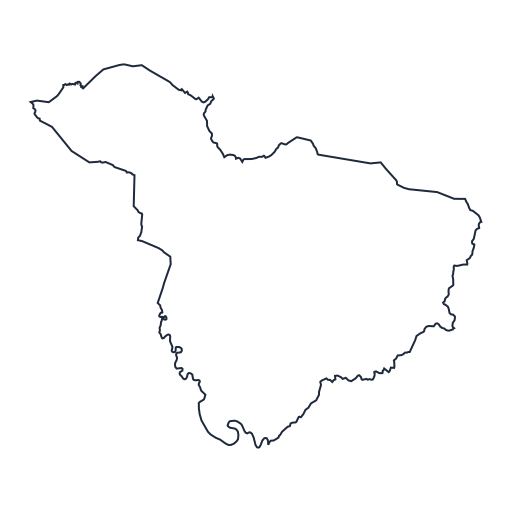 outline of Ia Pa, Gia Lai, Vietnam
{"feature_id": "81297802B8571934498047", "entity_name": "Ia Pa", "entity_type": "district", "adm_level": 2, "iso_a3": "VNM", "parent_name": "Vietnam", "parent_adm1": "Gia Lai", "projection": "natural_earth1", "projection_center": [108.51, 13.527], "detail": "fine", "context": "isolated", "style": "outline", "palette": "slate", "viewbox_px": 512, "rotation_deg": 0, "n_neighbors": 0, "source": "geoboundaries", "source_scale": "gbopen_adm2", "svg_char_len": 6017}
<svg xmlns="http://www.w3.org/2000/svg" viewBox="0 0 512 512"><path d="M268.2,444.8L269.6,442.0L270.7,440.7L273.7,440.5L278.5,437.6L279.0,435.8L280.1,435.0L282.1,431.7L287.7,426.7L289.8,426.2L290.6,423.5L292.2,422.7L295.6,422.4L296.3,421.9L298.7,417.0L299.3,416.7L300.7,417.2L301.2,417.0L302.1,415.6L303.2,414.4L305.5,409.8L308.3,407.8L311.0,403.4L316.2,400.3L319.0,394.8L319.0,391.9L321.0,385.0L320.3,381.8L321.8,380.5L326.4,378.4L327.9,379.8L330.0,379.9L332.3,382.0L333.7,380.1L335.4,379.4L335.0,375.9L336.8,375.6L337.9,375.7L341.1,377.3L342.7,378.9L345.8,377.8L348.4,380.4L351.2,381.2L355.7,378.3L357.6,375.9L358.9,375.2L359.4,375.4L361.0,377.1L361.6,379.3L362.3,379.8L366.5,378.9L367.8,379.7L369.5,379.1L371.8,379.8L372.6,379.6L373.5,378.4L374.5,375.8L374.7,373.6L374.2,372.3L374.4,371.8L376.1,371.4L379.2,373.1L382.3,373.2L382.6,372.9L382.7,370.8L383.7,369.9L384.2,368.5L388.6,372.1L389.5,371.4L390.9,367.6L394.1,367.9L394.4,366.8L394.3,362.9L393.9,360.4L396.0,358.7L397.7,355.5L401.5,355.1L403.4,354.1L405.0,352.6L407.0,352.6L408.2,352.0L409.7,352.0L415.1,340.4L416.5,336.0L420.2,333.4L423.6,331.8L424.1,331.1L424.5,329.1L426.2,326.8L428.7,326.0L433.8,326.3L435.6,323.7L436.9,323.4L437.6,323.5L439.0,324.6L440.1,326.5L440.9,326.9L441.4,327.6L444.6,328.7L445.8,329.9L447.5,330.5L449.0,330.7L452.9,329.4L453.2,328.7L454.1,328.2L452.9,327.2L452.4,326.0L452.8,322.8L454.6,320.2L455.0,317.1L454.8,316.3L453.0,314.6L451.1,314.4L449.6,313.1L448.6,308.4L447.8,306.6L445.4,304.7L443.9,304.2L443.1,302.6L444.7,301.2L445.0,299.1L445.9,297.7L447.5,296.6L448.6,294.8L448.8,293.9L448.5,291.9L448.7,289.1L449.1,288.2L452.8,285.6L453.3,285.0L453.2,279.6L452.5,275.6L453.2,274.1L453.2,272.1L453.8,269.6L453.7,266.7L454.1,265.7L454.6,265.5L456.1,265.9L457.8,265.8L463.6,264.5L467.2,264.5L467.3,263.2L466.7,260.2L469.8,258.1L470.8,256.0L472.2,254.6L472.6,250.9L473.7,248.1L474.4,244.7L474.3,244.4L472.6,243.9L472.2,243.5L472.0,241.3L473.8,238.8L475.6,230.4L477.1,228.8L479.2,228.1L478.7,225.2L479.0,223.7L480.2,222.1L481.3,221.9L479.8,217.5L478.5,215.3L472.8,210.8L470.3,210.1L469.1,207.8L467.9,204.3L466.3,201.7L465.1,198.9L454.1,198.8L437.2,192.1L408.8,189.2L404.1,187.9L397.6,184.7L397.0,184.1L396.9,181.6L396.3,180.4L385.8,168.7L380.7,162.4L370.4,163.4L318.7,154.7L317.7,154.3L317.1,151.8L315.7,148.2L313.8,146.0L312.9,143.6L310.7,140.5L298.2,137.5L296.7,137.3L288.4,142.7L286.3,144.4L285.0,144.4L281.6,143.2L280.8,143.4L278.8,145.3L278.1,147.5L276.4,148.8L274.5,152.0L271.2,155.2L269.1,156.5L265.5,157.8L264.4,156.0L263.8,155.7L262.2,156.8L258.9,156.8L256.3,158.0L251.7,159.0L244.3,159.1L243.5,159.5L242.3,161.9L240.1,158.5L238.3,157.8L236.0,158.7L235.9,157.5L235.1,156.1L233.7,155.1L229.9,154.6L227.1,155.2L224.3,157.2L222.9,153.9L220.1,149.6L217.6,147.1L217.2,145.8L217.1,143.7L216.6,143.2L213.5,142.5L212.6,141.6L211.1,139.0L211.0,138.2L212.0,135.9L211.8,133.4L209.5,131.2L207.1,126.1L207.0,120.9L204.0,115.7L203.7,114.6L203.9,113.4L205.5,111.5L205.6,109.9L207.6,105.5L210.2,103.8L211.3,101.2L213.7,99.0L213.8,98.4L212.7,96.3L212.6,97.2L209.2,97.2L208.0,99.2L205.1,101.8L203.6,102.4L201.8,101.6L198.7,97.7L196.4,99.2L195.5,99.1L190.9,95.5L188.1,94.1L188.0,92.8L187.2,91.6L185.1,93.0L181.8,89.1L181.5,89.3L181.2,90.3L178.6,89.7L172.3,84.9L170.5,82.6L168.9,81.5L150.1,70.7L141.8,65.2L132.8,66.3L125.0,64.5L123.0,64.4L119.0,65.1L103.4,69.4L95.6,76.1L83.1,88.4L82.6,88.1L82.5,86.3L82.2,86.4L81.8,87.2L81.1,86.9L81.3,85.9L80.5,85.4L80.8,83.7L79.3,81.8L77.8,81.9L77.6,83.2L76.9,82.5L75.6,82.8L75.2,83.3L75.4,84.1L75.2,84.5L72.2,83.9L71.1,84.5L69.7,83.5L69.3,83.7L69.0,84.7L67.7,84.5L66.9,85.1L65.3,84.1L64.2,85.0L63.3,85.0L63.3,87.4L58.5,94.4L56.8,96.3L48.8,102.2L37.0,100.6L30.7,102.0L32.6,103.6L33.5,105.1L33.3,108.2L34.8,109.2L35.5,110.3L35.2,112.0L34.5,113.3L34.7,114.2L36.8,117.0L37.8,118.1L39.6,118.6L39.9,120.6L52.0,126.9L71.6,151.0L89.4,162.4L98.0,161.8L99.9,161.3L100.4,161.4L101.1,162.3L102.7,162.6L105.6,162.0L112.9,165.1L114.0,166.6L115.2,167.3L125.6,170.8L126.3,171.3L126.8,172.5L128.4,172.3L130.0,172.6L131.7,173.4L132.1,174.2L134.5,175.2L133.7,206.2L137.6,210.2L138.5,212.0L140.4,213.2L141.7,213.4L142.2,214.4L141.3,223.6L141.4,225.1L142.1,226.6L141.3,232.1L140.0,235.7L138.2,237.7L137.9,240.2L142.1,241.1L158.6,248.1L162.3,250.4L164.0,252.3L170.3,256.7L170.7,264.2L164.2,282.8L162.7,288.2L157.7,303.0L160.2,305.4L160.6,307.8L161.8,309.7L162.4,312.3L162.3,312.6L160.7,312.8L159.3,315.1L159.3,316.3L160.3,317.0L162.6,316.8L164.0,317.3L165.1,316.1L165.6,316.2L166.4,317.4L166.4,319.2L165.8,319.6L164.3,319.6L163.1,318.4L162.1,318.6L161.7,320.6L161.0,322.3L160.7,325.2L159.6,327.8L159.9,330.4L159.3,332.5L160.6,334.1L161.7,337.5L162.4,338.4L163.8,338.1L165.1,336.5L167.4,334.8L168.6,334.5L169.9,335.2L170.2,336.3L170.0,341.3L172.4,346.7L172.3,348.1L171.7,350.6L172.2,351.7L173.6,352.3L175.0,351.9L175.6,350.7L175.8,347.4L176.8,346.9L179.4,347.1L181.0,348.0L181.8,349.1L181.8,350.8L180.8,352.3L177.1,352.8L176.2,353.9L176.1,355.2L176.9,357.3L177.0,358.4L176.7,359.9L175.1,363.1L175.0,365.0L175.4,367.1L176.7,368.6L181.5,368.0L182.5,368.8L182.4,370.6L179.8,372.3L179.6,373.8L180.3,375.1L181.4,376.0L183.3,378.7L184.6,379.3L186.0,378.7L187.1,376.7L187.5,374.3L188.5,373.2L189.3,373.0L191.1,373.6L192.3,374.6L193.0,378.8L193.7,379.9L195.5,380.3L198.6,380.0L199.7,380.8L199.7,382.1L198.9,383.2L198.7,384.7L200.1,387.4L201.0,390.2L201.4,390.9L205.4,394.7L204.2,398.9L203.6,399.7L199.9,401.9L198.8,403.0L198.9,408.7L199.7,414.3L201.5,420.5L207.9,431.7L210.6,434.5L216.0,437.9L220.1,439.6L225.2,443.3L227.7,444.6L228.8,445.0L231.0,444.9L233.8,443.7L236.4,441.5L238.0,439.3L238.4,435.0L237.9,431.8L237.0,430.2L235.3,428.7L229.7,427.6L228.0,426.2L227.6,425.4L228.6,422.6L229.4,421.6L230.3,421.1L234.8,420.7L237.4,421.5L241.0,423.9L241.9,425.1L244.4,430.8L245.6,432.7L247.2,433.4L248.8,432.5L250.0,432.3L251.9,433.6L253.7,437.7L255.5,444.9L257.0,447.3L258.5,447.6L259.4,447.2L260.6,445.1L262.3,440.7L263.9,438.6L265.0,438.0L266.6,438.2L267.6,439.6L268.1,441.7L268.2,444.8Z" fill="none" stroke="#1e293b" stroke-width="2"/></svg>